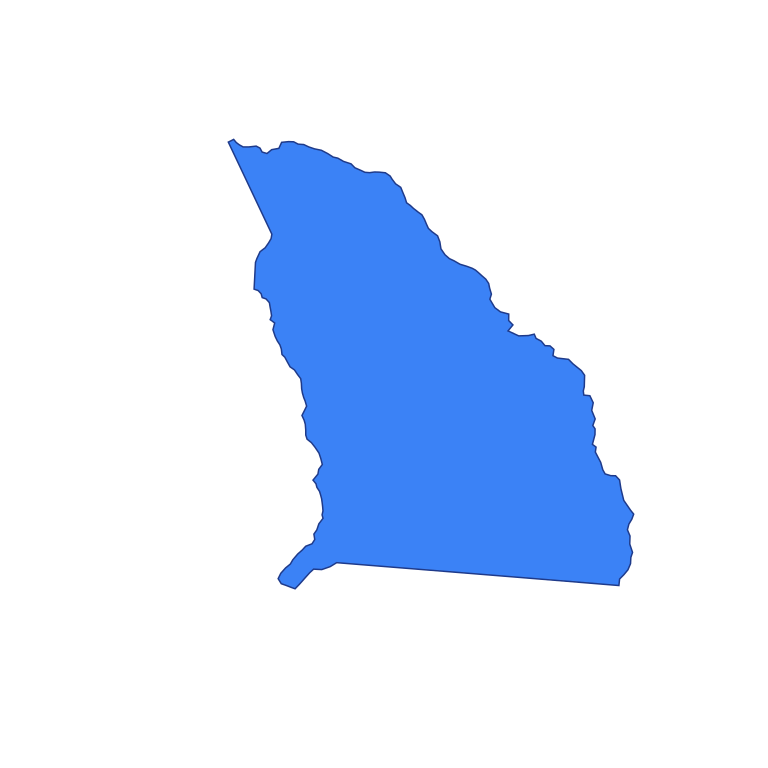 Pedro Osório, Rio Grande do Sul, Brazil (Robinson projection), rotated 63°
{"feature_id": "56859067B23145775816716", "entity_name": "Pedro Osório", "entity_type": "district", "adm_level": 2, "iso_a3": "BRA", "parent_name": "Brazil", "parent_adm1": "Rio Grande do Sul", "projection": "robinson", "projection_center": [-52.904, -31.981], "detail": "fine", "context": "isolated", "style": "filled", "palette": "blue", "viewbox_px": 768, "rotation_deg": 63, "n_neighbors": 0, "source": "geoboundaries", "source_scale": "gbopen_adm2", "svg_char_len": 2640}
<svg xmlns="http://www.w3.org/2000/svg" viewBox="0 0 768 768"><g transform="rotate(63 384 384)"><path d="M670.2,266.2L664.7,262.6L662.8,256.8L660.3,251.0L656.0,245.9L650.6,242.8L646.9,239.0L638.2,237.7L631.1,233.8L624.4,233.3L620.0,229.4L617.0,224.6L613.3,220.6L608.5,221.6L596.5,223.2L584.7,220.4L576.5,217.7L570.9,219.3L568.6,223.6L564.5,227.8L559.8,228.0L552.2,226.5L540.6,226.6L536.5,223.7L532.4,225.7L524.9,219.0L519.8,216.3L515.8,216.8L511.0,211.7L501.8,210.9L495.7,206.1L487.9,205.9L484.6,211.0L480.7,209.6L477.4,206.8L467.3,201.3L461.7,202.1L451.8,206.5L445.8,208.4L439.6,217.7L435.5,220.6L430.3,216.9L425.4,218.8L422.9,223.2L417.3,224.4L412.4,227.8L407.8,227.5L406.4,233.3L402.3,242.1L393.0,249.4L389.9,242.3L384.1,244.1L378.3,241.1L372.6,247.5L366.3,250.6L356.5,251.2L352.7,247.5L346.7,246.4L342.0,245.1L336.8,245.7L332.1,247.6L327.4,249.4L324.0,250.8L320.9,252.9L316.5,257.0L311.8,261.9L306.1,265.6L302.0,268.8L296.5,271.0L289.4,271.9L282.7,269.7L276.3,269.0L269.9,272.2L265.5,273.8L261.0,273.6L255.7,273.2L250.5,273.4L246.2,275.6L241.0,278.0L237.1,279.4L232.8,281.6L227.6,280.7L222.3,280.3L216.4,279.8L210.9,282.8L205.3,283.8L201.5,284.1L196.4,286.9L193.1,292.0L190.8,296.2L189.2,300.8L186.7,304.9L183.2,307.6L178.1,311.8L172.9,313.4L167.3,319.0L161.8,322.6L158.7,326.3L153.2,329.5L147.3,333.7L142.9,339.2L138.6,343.4L134.2,346.8L131.3,351.6L127.2,354.5L124.7,359.0L122.2,365.5L126.3,370.7L124.2,377.7L125.5,383.6L122.0,387.3L117.5,387.4L114.0,389.9L111.5,396.6L108.8,401.9L105.1,404.4L101.8,406.0L97.8,406.9L97.8,412.9L199.6,415.9L203.2,418.6L205.9,422.8L208.7,428.1L209.8,434.3L214.5,440.3L217.3,443.3L240.5,456.7L243.6,453.7L247.8,452.5L251.7,453.3L254.6,450.5L259.5,449.2L263.6,450.5L268.0,451.8L272.2,453.2L275.0,456.2L280.0,453.7L285.2,458.3L292.3,459.4L297.2,459.5L301.9,459.0L306.2,459.6L311.4,461.5L315.1,460.2L320.5,460.1L326.1,459.9L330.8,457.4L336.4,456.7L341.4,455.8L345.9,457.3L350.8,459.5L355.0,460.8L359.7,461.7L363.3,462.0L368.6,463.0L372.1,467.7L374.8,471.4L380.0,471.6L384.1,472.4L389.4,474.6L394.0,476.9L398.3,477.6L403.3,475.3L408.9,474.2L416.1,473.3L421.9,474.2L427.7,475.5L430.4,480.9L434.3,483.8L437.4,490.9L442.0,489.9L445.6,490.7L450.4,490.2L454.3,490.9L458.0,491.7L462.0,493.1L465.5,494.4L469.4,496.0L472.5,498.6L476.0,499.3L479.0,505.5L483.5,510.1L485.9,514.6L491.1,516.3L493.7,520.7L493.0,527.4L494.8,532.2L496.3,538.0L499.2,545.0L501.9,549.2L503.2,555.2L505.8,561.9L509.4,566.7L515.3,566.2L519.2,562.5L523.0,559.1L526.1,556.2L523.9,549.9L521.1,542.8L518.4,535.8L517.0,530.8L521.1,523.7L522.3,514.9L521.7,507.3L619.3,348.7L670.2,266.2Z" fill="#3b82f6" stroke="#1e3a8a" stroke-width="1.5"/></g></svg>